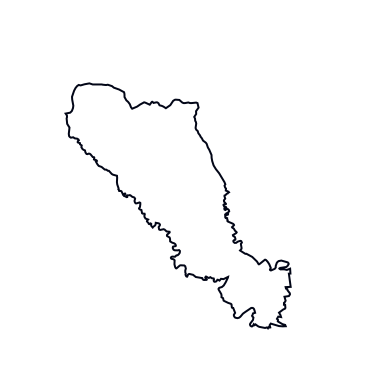 the district of Phuc Yen, Vĩnh Phúc, Vietnam, rotated 307°
{"feature_id": "81297802B88984924666070", "entity_name": "Phuc Yen", "entity_type": "district", "adm_level": 2, "iso_a3": "VNM", "parent_name": "Vietnam", "parent_adm1": "Vĩnh Phúc", "projection": "robinson", "projection_center": [105.724, 21.314], "detail": "fine", "context": "isolated", "style": "outline", "palette": "ink", "viewbox_px": 384, "rotation_deg": 307, "n_neighbors": 0, "source": "geoboundaries", "source_scale": "gbopen_adm2", "svg_char_len": 6081}
<svg xmlns="http://www.w3.org/2000/svg" viewBox="0 0 384 384"><g transform="rotate(307 192 192)"><path d="M128.5,314.3L129.1,314.9L128.7,316.6L126.5,317.7L121.9,317.7L121.0,318.1L120.4,319.0L120.4,320.2L120.7,320.8L121.7,321.2L123.6,320.9L123.4,322.2L124.5,322.4L124.5,325.4L124.8,326.9L127.4,332.2L128.9,333.3L128.8,334.7L130.1,334.5L130.5,335.7L130.9,336.0L132.3,334.2L134.3,334.1L137.3,342.2L139.3,345.3L141.2,347.6L141.9,346.4L140.9,343.8L140.3,338.4L141.6,337.7L141.8,336.2L144.4,335.9L145.7,338.4L147.0,336.6L148.0,334.1L152.9,335.5L154.9,336.5L155.7,336.3L158.0,334.2L157.3,333.3L158.8,332.2L159.9,332.4L161.5,332.2L164.0,328.9L167.2,332.0L169.1,331.9L170.0,331.1L171.0,327.4L171.8,326.6L171.4,325.2L172.4,324.0L175.6,327.9L185.1,318.5L186.1,319.7L189.8,316.5L186.9,314.7L185.7,312.1L183.5,309.3L183.3,308.2L183.5,307.8L184.4,308.1L188.8,312.4L190.5,312.8L192.5,312.6L193.1,312.1L193.4,310.8L191.0,304.6L189.0,302.8L187.7,302.4L186.3,302.4L183.3,303.4L182.1,304.3L180.4,304.3L177.0,302.4L176.7,302.0L176.7,301.2L177.0,300.9L178.7,300.7L180.8,297.2L181.8,294.4L182.2,292.2L182.1,291.4L181.8,291.0L174.8,289.2L174.4,288.7L175.6,285.7L176.4,279.2L175.4,272.6L174.7,271.8L174.2,265.6L176.3,265.7L177.0,265.4L179.7,262.5L180.1,262.2L181.6,262.3L182.4,260.9L182.0,259.9L180.0,258.5L177.9,257.8L177.0,256.6L177.1,255.4L177.4,254.8L178.0,254.4L178.9,254.6L180.0,255.3L180.7,254.9L181.8,253.4L181.7,251.2L182.2,250.6L185.7,252.0L186.6,252.0L186.9,251.4L186.9,249.9L187.9,247.4L187.8,245.5L188.0,245.1L190.5,245.5L190.9,245.5L191.2,245.0L191.3,243.8L190.0,238.4L190.2,237.6L190.9,237.5L191.6,236.3L192.3,235.8L192.2,235.1L191.5,234.6L191.7,233.9L194.0,232.0L195.3,232.5L194.7,233.7L195.6,234.3L196.3,234.0L196.4,233.7L195.9,233.3L196.0,232.5L197.7,233.2L199.0,233.3L199.8,232.2L199.9,230.8L199.0,229.8L197.8,229.6L197.5,228.7L198.0,227.9L198.7,227.7L199.7,228.7L200.2,228.7L200.5,227.9L199.8,226.4L200.6,224.9L201.2,224.9L202.8,226.3L203.0,226.2L203.6,223.4L204.6,222.5L206.7,222.5L208.3,220.3L208.8,220.1L209.6,220.6L211.5,220.8L212.4,221.4L213.2,221.3L214.0,221.7L214.2,221.0L213.5,218.1L215.2,217.1L215.5,215.8L216.6,214.2L218.2,214.0L219.4,212.0L223.3,202.4L224.6,197.4L226.2,193.3L228.8,189.6L231.1,187.1L233.3,185.3L236.2,180.2L237.1,177.9L239.3,174.7L239.7,173.3L239.7,169.9L240.8,167.6L241.4,165.3L242.0,164.5L242.7,161.8L244.1,159.9L244.3,157.9L244.9,156.8L245.5,156.2L249.2,154.2L250.3,152.9L250.8,151.7L252.5,150.2L253.3,148.6L256.8,148.4L259.0,146.6L263.3,146.5L266.3,142.9L265.9,141.5L262.7,138.1L261.8,136.8L261.3,135.2L258.7,132.8L257.9,131.7L257.6,130.4L257.9,126.5L256.0,123.5L255.3,122.8L253.5,122.1L248.3,122.4L243.2,120.7L243.0,117.8L242.6,116.0L241.7,113.9L242.7,111.8L242.7,110.5L242.2,109.6L240.0,107.7L240.2,106.5L240.1,105.9L239.6,105.7L236.3,105.7L235.3,101.1L234.8,99.8L230.6,97.9L227.2,96.8L222.5,94.1L223.0,92.2L224.7,89.5L225.5,86.8L225.7,84.4L227.2,81.0L229.6,79.1L230.8,77.7L230.0,72.2L228.3,66.8L228.4,64.4L227.0,60.2L225.7,59.0L224.0,56.2L223.6,55.2L218.1,47.9L217.0,44.7L213.3,41.3L210.1,38.9L209.3,37.1L207.5,36.5L205.0,36.4L201.9,36.9L195.8,38.9L193.7,40.7L189.5,45.3L187.3,46.5L184.4,47.3L182.1,47.0L178.6,43.9L177.8,46.1L176.6,47.1L175.3,47.6L171.3,51.3L169.7,55.4L164.3,58.6L162.7,60.2L162.4,61.3L162.5,62.6L164.2,64.2L164.3,66.1L165.5,68.3L165.6,69.7L165.2,70.5L164.0,70.2L163.0,70.7L162.9,71.3L163.6,73.1L162.7,73.9L162.8,75.9L161.2,76.7L160.4,78.7L160.4,80.0L160.8,81.5L159.4,83.2L158.9,84.9L159.4,85.8L160.6,86.5L161.0,87.4L161.0,88.4L160.2,91.7L160.8,92.9L160.5,93.4L159.0,94.1L159.0,94.7L159.7,95.9L159.8,97.1L159.6,97.4L158.4,97.0L157.2,99.8L156.7,101.8L157.6,104.7L157.4,108.8L158.3,110.2L158.3,112.0L158.9,112.9L158.1,117.1L158.3,118.6L159.8,122.3L158.4,123.6L154.7,126.1L153.0,127.8L150.7,131.2L149.8,131.6L149.7,132.4L149.0,133.0L149.1,133.4L150.0,134.5L150.1,135.3L148.4,138.5L150.1,139.1L150.5,139.6L150.3,139.9L148.8,139.8L148.0,140.2L148.4,141.5L148.5,142.8L148.9,143.2L149.8,142.2L150.3,142.2L151.1,143.4L152.1,144.2L152.3,145.0L152.2,147.1L152.9,149.3L152.4,150.6L150.4,151.4L149.8,152.0L149.2,153.0L149.1,154.0L149.7,154.7L152.1,156.4L152.2,157.2L151.3,158.0L148.6,159.5L147.1,159.5L146.8,159.8L146.7,160.9L147.2,162.4L145.0,164.9L145.0,165.5L146.1,167.2L145.5,167.9L144.4,168.2L143.5,169.1L142.8,170.9L143.6,173.5L142.0,173.4L141.4,173.7L141.0,175.9L140.5,176.7L140.7,177.3L142.0,177.8L142.0,178.3L142.0,178.6L140.9,179.3L140.4,180.0L140.0,182.0L140.9,182.0L142.9,182.6L144.0,182.5L145.6,181.6L147.0,184.4L146.8,185.9L146.0,186.4L143.9,186.5L142.3,188.3L142.3,188.6L142.6,189.5L145.2,191.7L145.5,192.8L145.2,195.4L146.7,198.0L146.2,198.5L142.9,197.8L142.0,198.3L141.8,198.7L142.2,201.5L141.4,202.6L139.4,204.3L139.6,206.6L140.3,208.7L140.3,210.0L139.7,211.2L139.1,211.5L138.7,211.3L137.1,209.8L136.7,209.8L135.7,210.3L135.1,211.3L134.8,212.1L135.0,213.2L136.6,215.5L137.8,216.6L137.6,217.9L136.1,218.8L134.5,218.9L132.9,218.6L132.0,217.7L130.1,217.4L128.5,215.1L127.7,214.6L126.8,214.7L126.5,215.0L126.3,215.8L127.2,217.8L127.0,219.2L123.7,221.5L121.9,223.7L121.4,225.0L121.7,225.6L125.9,226.5L126.7,227.1L128.7,230.1L128.6,231.3L127.1,233.2L125.4,233.8L123.8,235.0L122.9,236.3L122.0,236.6L121.2,238.1L121.2,238.6L121.5,239.1L123.5,238.6L124.2,238.7L124.8,239.0L125.1,239.5L126.5,242.7L126.4,246.2L129.4,252.0L128.8,252.9L128.7,253.9L129.0,254.6L130.6,256.5L130.9,256.5L131.2,254.9L131.6,254.1L132.4,253.9L132.9,254.0L133.1,254.7L133.2,256.7L133.7,257.3L135.0,257.9L135.1,259.8L136.0,261.4L135.5,262.1L134.2,262.7L133.8,263.5L134.0,264.3L135.3,265.2L137.2,265.1L137.5,265.5L137.8,267.3L140.1,267.4L141.4,269.6L145.9,271.9L145.3,272.2L140.4,273.2L136.5,273.6L134.2,273.1L131.8,271.4L130.5,271.5L130.0,272.2L128.1,276.8L127.1,277.9L125.7,278.9L125.9,280.7L124.3,282.6L124.3,283.0L125.2,287.6L126.1,290.3L126.0,291.2L123.9,293.2L123.7,293.9L124.2,294.7L121.4,299.2L119.2,299.3L118.3,300.0L117.7,301.5L117.7,302.3L118.6,304.2L119.8,305.2L121.5,305.7L125.5,305.9L128.1,306.7L135.1,309.1L136.0,310.3L136.0,311.6L135.1,313.1L133.5,315.1L131.8,313.8L129.4,314.6L128.5,314.3Z" fill="none" stroke="#020617" stroke-width="2"/></g></svg>